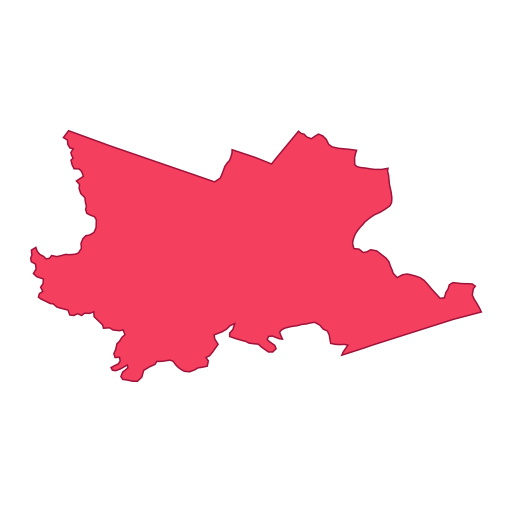 outline of Vitória do Mearim, Maranhão, Brazil, rotated 90°
{"feature_id": "56859067B98099039141504", "entity_name": "Vitória do Mearim", "entity_type": "district", "adm_level": 2, "iso_a3": "BRA", "parent_name": "Brazil", "parent_adm1": "Maranhão", "projection": "robinson", "projection_center": [-44.907, -3.55], "detail": "fine", "context": "isolated", "style": "filled", "palette": "rose", "viewbox_px": 512, "rotation_deg": 90, "n_neighbors": 0, "source": "geoboundaries", "source_scale": "gbopen_adm2", "svg_char_len": 3603}
<svg xmlns="http://www.w3.org/2000/svg" viewBox="0 0 512 512"><g transform="rotate(90 256 256)"><path d="M312.0,30.7L308.3,32.4L303.3,35.2L299.2,37.8L295.1,39.7L288.8,38.7L286.2,36.7L284.0,39.7L283.7,43.9L283.6,50.2L282.6,59.0L284.8,62.7L288.7,63.8L292.5,66.1L297.8,67.6L298.3,71.9L288.8,80.6L284.2,84.4L280.4,87.9L277.6,92.0L275.9,96.9L274.7,101.5L274.0,104.7L274.7,109.4L277.6,114.8L273.3,118.8L269.3,120.2L266.1,121.6L261.7,123.1L258.0,126.1L254.0,131.3L250.9,135.3L249.7,141.2L251.9,145.2L252.5,148.8L249.1,153.0L248.6,158.1L243.7,159.4L240.5,159.0L237.7,158.2L233.6,156.5L230.2,154.2L227.0,151.6L224.3,149.0L221.9,147.1L219.1,143.7L217.0,140.9L214.8,137.6L212.1,131.6L208.8,126.3L205.8,122.1L202.8,120.5L199.9,120.2L197.1,120.2L192.0,120.9L184.1,122.6L178.7,123.1L175.4,123.4L171.0,124.5L168.3,124.0L169.4,130.1L169.4,137.2L169.0,140.7L168.1,146.2L167.5,151.5L166.7,154.9L164.7,157.2L160.4,157.4L157.5,157.4L153.6,156.5L150.3,155.4L149.3,162.9L148.9,167.3L148.3,173.5L146.9,179.8L144.4,183.3L139.3,185.8L135.9,189.2L134.1,193.5L136.2,197.0L138.7,200.6L137.0,205.3L134.3,207.7L133.3,211.1L131.2,213.5L157.9,235.6L160.9,238.0L164.0,240.4L157.4,256.9L149.7,279.9L153.1,280.0L156.9,281.1L160.6,282.5L162.8,284.7L166.5,287.2L170.5,288.6L175.4,290.5L178.2,291.9L180.2,294.9L181.9,297.4L178.4,307.5L145.8,402.1L130.7,443.4L134.8,446.5L137.6,448.6L140.0,444.6L144.4,444.2L148.0,442.1L148.7,438.8L152.5,441.1L155.4,440.4L158.1,438.9L160.2,441.0L164.8,439.9L168.8,437.9L168.9,433.0L171.5,430.4L176.3,428.6L181.0,435.6L184.4,432.5L188.5,432.9L193.6,431.2L197.7,427.1L202.2,426.6L206.3,425.6L209.5,426.4L213.4,425.1L215.2,421.5L216.7,417.5L219.8,415.7L227.5,415.9L232.5,418.0L235.1,422.7L235.7,426.2L238.7,429.1L243.4,431.0L248.4,430.6L253.1,433.7L254.3,437.3L254.7,442.8L254.4,446.4L255.7,451.2L256.6,455.2L255.5,460.4L258.2,462.4L258.9,466.0L256.4,468.4L254.4,472.2L251.4,474.7L247.4,476.1L250.1,480.6L255.1,480.1L258.2,481.3L261.7,480.7L264.2,476.4L269.0,475.9L273.6,478.6L276.7,475.2L279.0,468.6L283.7,469.0L287.2,471.4L291.4,469.2L293.6,472.6L297.1,473.6L299.1,470.9L301.6,465.6L303.5,462.0L303.9,458.7L307.0,455.2L308.0,452.2L308.9,448.6L310.1,444.0L315.0,442.2L315.5,438.1L313.7,434.4L315.5,430.4L313.2,427.4L313.4,422.6L311.9,418.2L316.7,417.9L320.6,413.8L325.0,409.3L328.2,408.6L327.8,402.5L330.0,398.9L330.7,392.3L329.9,388.9L334.7,387.0L337.4,390.1L341.4,392.6L343.8,395.1L349.5,396.3L353.6,398.1L357.5,397.0L357.3,392.5L361.0,391.8L363.9,393.7L365.8,397.7L367.6,401.0L370.2,399.6L370.7,396.3L368.9,391.5L365.0,384.7L367.8,384.1L370.2,386.9L372.0,389.3L376.6,391.1L379.4,389.3L380.0,384.9L381.2,379.6L381.3,374.6L377.1,370.2L370.4,368.3L366.9,362.6L364.4,357.0L361.5,355.3L361.3,349.9L360.1,341.9L361.3,338.9L365.5,335.7L367.6,333.5L369.7,330.5L371.3,327.6L371.8,322.4L369.8,317.2L367.9,314.1L367.4,310.6L366.2,304.7L360.9,303.7L357.5,306.0L355.8,302.5L352.0,299.3L348.1,296.6L344.3,293.9L339.1,297.2L334.9,297.9L331.8,289.9L329.3,285.6L325.7,282.0L323.6,277.3L329.6,279.2L333.1,282.3L336.5,282.3L338.6,276.4L340.5,269.9L341.4,266.2L343.1,263.0L343.8,257.8L344.2,253.6L347.1,250.5L352.0,243.5L352.0,239.3L348.7,235.9L345.4,237.2L342.3,241.6L339.7,244.8L336.4,243.5L336.1,239.5L338.8,232.6L339.1,229.5L335.6,231.1L332.2,232.4L329.9,230.5L328.1,227.1L326.6,221.1L325.7,214.9L324.4,210.0L323.9,205.5L323.0,201.9L322.3,197.4L325.0,192.3L329.1,188.8L331.0,184.6L335.2,182.7L338.0,182.3L343.4,181.3L344.4,176.4L344.6,172.2L344.4,167.8L345.1,164.1L352.1,168.9L355.2,170.2L348.6,149.8L347.2,145.6L345.2,139.9L338.0,117.3L319.3,58.5L312.0,30.7Z" fill="#f43f5e" stroke="#9f1239" stroke-width="1.5"/></g></svg>